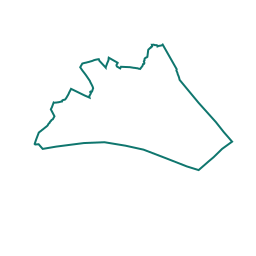 Ketu South, Volta, Ghana (Robinson projection), rotated 49°
{"feature_id": "2480657B7709388821831", "entity_name": "Ketu South", "entity_type": "district", "adm_level": 2, "iso_a3": "GHA", "parent_name": "Ghana", "parent_adm1": "Volta", "projection": "robinson", "projection_center": [1.022, 6.081], "detail": "fine", "context": "isolated", "style": "outline", "palette": "teal", "viewbox_px": 256, "rotation_deg": 49, "n_neighbors": 0, "source": "geoboundaries", "source_scale": "gbopen_adm2", "svg_char_len": 3504}
<svg xmlns="http://www.w3.org/2000/svg" viewBox="0 0 256 256"><g transform="rotate(49 128 128)"><path d="M64.9,155.1L65.1,156.0L65.2,156.4L65.2,156.9L65.1,157.2L64.9,157.6L64.7,157.9L64.4,158.4L64.2,159.1L64.1,159.4L64.1,159.5L64.2,159.8L64.4,160.0L64.6,160.2L64.6,160.3L64.7,160.5L64.3,161.0L64.1,161.3L63.8,162.0L63.3,163.0L62.9,163.6L62.8,163.9L62.6,164.1L62.1,164.9L61.7,165.5L61.2,166.1L60.6,167.0L60.3,167.3L60.0,167.4L62.4,171.8L63.3,174.0L70.9,175.8L72.1,179.0L72.0,179.6L71.9,180.1L71.8,180.5L71.9,180.9L72.0,181.3L72.2,181.7L72.2,182.0L72.1,182.3L72.1,182.6L72.2,182.9L72.3,183.1L72.4,183.3L72.6,183.5L72.6,183.8L72.7,184.1L72.7,184.5L72.6,184.8L72.7,185.2L72.8,185.6L73.0,186.1L73.2,186.5L73.3,187.0L73.4,187.3L73.4,187.5L73.4,187.9L73.2,192.5L73.2,192.8L73.2,193.3L73.1,193.9L73.1,194.6L73.1,195.2L73.1,195.7L73.0,196.2L73.0,196.8L73.0,197.4L72.9,198.3L73.2,198.8L76.5,205.0L78.8,208.9L79.0,208.9L79.3,208.9L79.6,208.8L80.0,208.3L80.4,207.7L80.9,207.1L81.4,206.4L81.6,206.1L87.8,206.1L95.0,194.3L110.4,171.2L123.3,155.1L139.7,141.5L154.5,130.5L175.7,119.2L195.6,108.8L206.1,102.3L206.1,88.4L206.2,82.7L205.5,70.7L206.6,58.4L193.9,58.4L181.2,57.8L155.4,58.2L126.1,57.5L125.7,57.5L124.6,57.0L123.7,56.5L122.5,56.0L121.4,55.6L120.3,55.3L118.5,54.4L116.4,53.8L115.6,52.7L87.8,47.1L87.8,47.4L87.8,47.8L87.8,48.2L87.7,48.5L87.4,49.0L87.2,49.4L86.9,49.8L86.7,50.1L86.6,50.4L86.4,50.7L86.2,50.9L86.1,51.2L86.0,51.5L86.0,51.8L85.9,52.0L85.8,52.3L85.6,52.2L85.2,51.8L84.5,51.9L84.0,52.3L83.3,53.1L83.0,53.4L82.9,53.4L82.7,53.5L82.4,53.7L82.1,53.9L81.7,54.2L81.4,54.7L81.1,55.2L80.9,55.4L81.5,55.7L81.7,55.8L81.9,55.9L82.2,56.1L82.3,56.3L82.3,56.5L82.2,56.8L82.1,57.0L82.1,57.4L82.0,57.5L82.1,57.9L82.3,58.0L82.3,58.3L82.3,58.5L82.2,58.7L82.1,59.0L82.1,59.4L82.2,59.7L82.2,59.9L82.2,60.2L82.2,60.5L82.2,61.1L82.3,61.4L82.6,61.8L87.0,66.7L87.0,66.9L87.0,67.2L87.0,67.3L86.9,67.6L86.7,67.9L86.7,68.1L86.7,68.4L86.7,68.5L86.5,69.0L86.6,69.6L86.6,69.9L86.8,70.2L86.9,70.4L87.1,70.6L87.3,70.8L87.5,70.9L87.7,71.0L87.9,71.6L88.0,71.9L88.0,72.1L88.2,72.3L88.3,72.5L88.6,72.6L88.9,72.6L89.2,72.7L89.4,72.8L89.7,73.1L90.0,73.4L90.1,73.7L90.1,74.0L90.0,74.3L89.9,74.5L89.7,74.7L89.9,75.1L90.6,76.2L91.4,80.1L91.1,80.3L90.6,80.7L90.3,81.0L90.0,81.2L89.3,81.5L88.8,82.0L88.6,82.2L88.3,82.4L88.0,82.7L87.6,83.0L86.7,83.8L86.1,84.4L85.7,84.7L83.3,86.7L80.0,90.2L77.2,93.1L77.9,94.8L74.4,96.0L73.3,95.7L73.1,95.5L72.8,95.2L72.5,94.4L72.3,93.5L72.0,93.0L62.3,96.4L62.7,96.9L63.4,97.6L63.9,98.1L64.2,98.6L64.5,99.2L64.9,100.0L65.2,100.7L67.4,104.7L67.6,105.0L67.8,105.2L67.5,105.2L58.5,105.5L56.9,104.9L56.7,105.2L56.3,105.8L56.0,106.3L55.5,107.2L55.1,107.9L54.8,108.6L54.4,109.4L54.2,110.2L53.9,111.0L53.7,111.5L53.2,112.5L52.5,114.1L51.7,115.6L51.2,116.7L50.6,117.7L50.0,118.9L49.4,120.2L50.8,124.2L52.9,124.5L54.7,124.7L56.4,124.8L58.2,124.9L59.5,125.0L60.8,125.1L63.3,125.4L67.5,125.9L68.0,126.1L69.2,126.5L70.0,126.6L70.6,126.8L72.3,127.2L73.0,127.4L73.6,127.6L74.2,127.8L75.2,128.3L75.4,128.7L75.6,129.2L75.9,129.6L76.1,130.0L76.5,130.5L76.7,131.0L76.9,131.5L76.9,131.9L76.7,132.1L76.3,132.2L76.0,132.2L75.9,132.3L75.9,132.7L76.0,132.9L76.4,132.9L76.8,132.9L77.2,133.1L77.5,133.3L77.7,133.8L77.9,134.4L78.0,134.7L78.3,135.5L78.3,135.8L78.8,136.3L79.1,136.7L79.4,136.9L79.8,137.1L75.0,139.4L72.4,140.5L63.9,144.1L61.1,145.3L61.2,145.5L61.3,145.8L61.8,147.0L62.1,147.7L62.5,148.8L62.9,149.7L63.3,150.4L63.5,151.0L63.8,151.7L64.1,152.7L64.5,153.8L64.9,155.1Z" fill="none" stroke="#0f766e" stroke-width="2"/></g></svg>